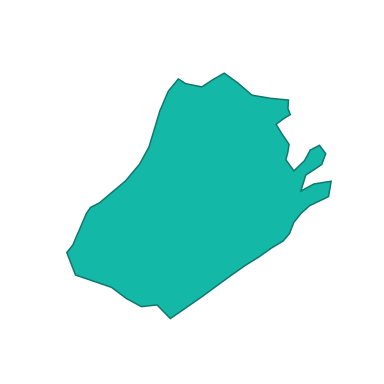 an SVG outline of Füzuli, rotated 159°
{"feature_id": "AZE-1702", "entity_name": "Füzuli", "entity_type": "District", "adm_level": 1, "iso_a3": "AZE", "parent_name": "Azerbaijan", "parent_adm1": "", "projection": "orthographic", "projection_center": [47.235, 39.552], "detail": "fine", "context": "isolated", "style": "filled", "palette": "teal", "viewbox_px": 384, "rotation_deg": 159, "n_neighbors": 0, "source": "natural_earth", "source_scale": "10m", "svg_char_len": 930}
<svg xmlns="http://www.w3.org/2000/svg" viewBox="0 0 384 384"><g transform="rotate(159 192 192)"><path d="M330.6,180.4L322.4,185.1L298.3,209.8L292.4,213.9L282.1,215.1L250.1,226.2L230.9,236.8L216.0,249.5L193.2,278.9L193.2,279.0L178.0,294.6L164.3,302.4L164.1,302.3L159.1,295.4L145.1,286.6L131.9,289.5L119.3,291.4L110.1,277.3L101.3,260.9L85.5,251.5L69.0,243.3L71.3,238.2L72.5,235.6L72.5,229.0L76.1,228.4L81.2,227.4L89.2,225.0L87.1,213.6L86.6,211.4L84.3,201.7L88.3,194.7L92.8,188.5L89.3,175.2L75.8,180.9L66.5,188.8L56.3,189.9L53.4,179.9L59.7,172.7L60.9,171.2L79.7,167.0L85.4,159.8L90.0,153.9L75.3,155.8L58.2,152.2L66.2,138.8L69.3,138.5L87.1,137.1L97.8,133.0L107.9,127.1L115.8,118.3L124.4,113.6L138.0,111.2L152.0,107.6L161.6,105.7L161.8,105.7L169.8,104.1L187.1,99.7L222.2,90.2L257.6,81.6L265.1,99.1L280.3,103.1L291.3,115.9L301.4,131.9L330.5,156.2L330.6,180.1L330.6,180.4Z" fill="#14b8a6" stroke="#0f766e" stroke-width="1.5"/></g></svg>